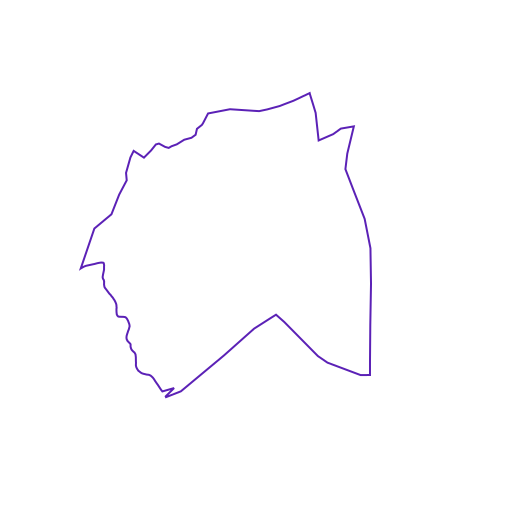 An Nabk, Rif Dimashq, Syria, rotated 301°
{"feature_id": "27442178B81131748986773", "entity_name": "An Nabk", "entity_type": "district", "adm_level": 2, "iso_a3": "SYR", "parent_name": "Syria", "parent_adm1": "Rif Dimashq", "projection": "albers", "projection_center": [36.664, 34.043], "detail": "fine", "context": "isolated", "style": "outline", "palette": "violet", "viewbox_px": 512, "rotation_deg": 301, "n_neighbors": 0, "source": "geoboundaries", "source_scale": "gbopen_adm2", "svg_char_len": 2956}
<svg xmlns="http://www.w3.org/2000/svg" viewBox="0 0 512 512"><g transform="rotate(301 256 256)"><path d="M417.5,273.1L408.9,263.1L400.2,259.4L396.3,256.6L387.3,250.2L409.4,233.4L415.3,226.9L420.3,221.3L421.3,220.2L422.7,218.6L423.0,218.4L423.3,218.1L423.0,217.9L422.9,217.9L420.6,216.3L419.3,215.5L417.6,214.3L412.9,211.2L408.3,208.1L404.5,205.1L400.7,202.1L396.8,199.1L392.1,194.6L387.4,190.1L384.6,187.1L381.8,184.1L379.3,179.3L368.4,158.1L353.5,141.5L342.4,142.2L340.5,142.1L340.2,142.0L334.6,139.9L328.8,141.8L327.2,141.1L324.1,139.8L321.4,137.2L318.7,134.6L314.8,132.6L310.9,130.6L306.6,127.1L303.7,125.5L302.7,121.9L302.4,114.9L300.0,112.7L299.9,112.7L292.4,111.7L284.3,109.7L282.6,109.3L283.1,97.0L281.8,97.1L275.8,97.6L260.3,101.8L254.3,106.2L238.2,107.1L217.3,110.6L196.3,103.3L155.1,112.2L155.3,112.3L157.1,113.3L158.6,114.2L160.1,115.4L163.3,118.8L165.0,120.6L165.9,121.6L168.0,123.6L169.2,124.9L170.2,126.1L170.7,126.7L170.7,126.8L171.1,127.5L171.5,128.3L171.4,128.6L171.4,129.3L170.8,129.7L170.3,130.2L169.7,130.7L169.4,130.8L169.0,131.0L166.0,132.8L164.0,133.5L161.4,134.4L158.9,135.4L158.4,135.9L157.9,136.3L157.4,137.1L157.1,137.8L156.6,138.3L156.0,138.9L155.9,138.9L155.6,139.1L154.8,139.6L153.2,140.5L152.4,141.2L151.8,141.7L151.1,142.5L150.8,143.2L150.0,145.3L148.3,149.4L148.0,150.3L147.9,151.1L147.0,153.2L146.9,153.7L146.7,154.1L146.7,154.3L146.2,155.4L146.0,155.8L145.9,155.9L145.8,156.1L145.3,157.3L144.4,158.8L143.1,160.6L142.6,161.1L142.3,161.4L141.5,162.0L140.6,162.6L139.7,163.3L139.4,163.4L139.0,163.5L137.2,164.6L136.0,165.4L135.2,166.0L134.7,166.4L134.4,166.6L134.2,166.8L133.9,167.2L133.7,167.6L133.3,168.4L133.3,168.6L133.2,169.2L133.5,170.0L133.8,170.5L134.5,171.9L134.9,172.5L135.8,174.2L135.9,174.5L136.0,174.7L136.0,174.8L136.3,175.6L136.2,176.3L136.0,177.0L135.7,177.8L135.2,178.6L134.5,179.8L134.0,180.4L133.8,180.6L133.7,180.8L132.9,181.8L132.5,182.3L132.0,182.8L131.3,183.4L131.1,183.5L130.6,183.9L129.5,184.2L129.2,184.3L128.2,184.6L127.8,184.7L127.4,184.8L125.4,185.1L124.4,185.4L123.3,185.6L121.0,186.2L119.9,186.7L119.0,187.2L117.8,188.3L117.5,189.0L117.1,189.4L116.8,190.4L116.6,191.1L116.2,192.7L116.0,193.5L115.5,194.1L114.3,194.8L113.5,195.3L112.8,196.1L112.2,196.7L111.5,197.9L111.2,198.9L110.8,200.5L110.7,201.5L110.3,202.2L109.9,202.9L109.6,203.4L107.4,205.1L103.7,207.4L102.7,208.1L100.5,209.3L99.6,210.1L99.2,210.5L98.2,211.9L97.4,213.5L97.0,214.4L97.0,215.1L96.7,217.3L96.7,218.4L96.8,219.0L97.1,220.3L97.5,221.5L98.0,223.2L99.0,225.4L99.1,226.3L99.2,227.1L99.2,227.3L99.0,228.5L98.6,230.3L97.8,232.2L96.9,233.9L95.5,237.0L95.1,238.0L93.3,241.7L92.4,243.6L91.7,245.5L100.6,253.8L89.2,250.9L88.7,251.6L101.3,261.3L154.4,279.8L192.8,291.8L196.4,293.6L211.3,301.0L216.0,303.4L214.0,314.2L202.1,360.6L201.4,372.2L207.8,407.0L212.7,415.0L224.7,407.8L255.9,389.4L291.4,368.9L321.6,350.1L343.8,330.0L363.0,305.2L376.5,287.9L390.8,281.5L417.5,273.1Z" fill="none" stroke="#5b21b6" stroke-width="2"/></g></svg>